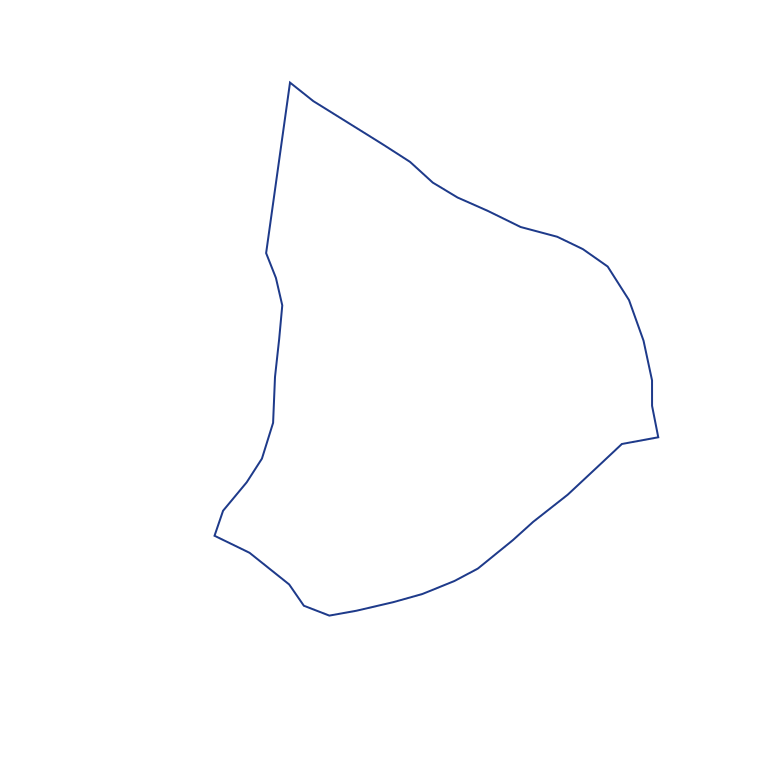 Kouh Ouest, Logone Oriental, Chad, rotated 216°
{"feature_id": "50815135B27112556056018", "entity_name": "Kouh Ouest", "entity_type": "district", "adm_level": 2, "iso_a3": "TCD", "parent_name": "Chad", "parent_adm1": "Logone Oriental", "projection": "albers", "projection_center": [16.878, 8.171], "detail": "fine", "context": "isolated", "style": "outline", "palette": "blue", "viewbox_px": 768, "rotation_deg": 216, "n_neighbors": 0, "source": "geoboundaries", "source_scale": "gbopen_adm2", "svg_char_len": 670}
<svg xmlns="http://www.w3.org/2000/svg" viewBox="0 0 768 768"><g transform="rotate(216 384 384)"><path d="M292.1,164.5L273.0,184.4L248.4,212.8L229.5,236.7L211.3,265.9L199.6,289.8L188.0,333.3L182.3,360.2L170.3,402.5L162.0,445.4L156.3,475.3L130.8,502.1L154.3,523.9L169.3,544.5L199.5,571.6L235.1,595.9L272.1,610.5L302.4,610.0L330.5,604.9L365.8,591.3L401.5,585.1L434.1,578.1L462.9,575.6L493.5,579.0L525.2,577.2L564.5,574.4L607.4,571.3L637.2,572.6L556.3,420.6L533.8,406.3L512.5,387.8L495.2,358.7L476.3,325.6L450.9,287.4L438.9,251.9L437.3,223.8L439.7,186.9L431.9,161.6L393.6,168.4L342.9,166.1L318.5,157.5L292.1,164.5Z" fill="none" stroke="#1e3a8a" stroke-width="2"/></g></svg>